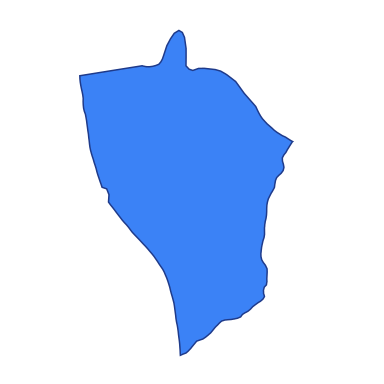 Mayfa'ah, Shabwah, Yemen, rotated 86°
{"feature_id": "15242507B4449600495147", "entity_name": "Mayfa'ah", "entity_type": "district", "adm_level": 2, "iso_a3": "YEM", "parent_name": "Yemen", "parent_adm1": "Shabwah", "projection": "albers", "projection_center": [47.797, 14.413], "detail": "fine", "context": "isolated", "style": "filled", "palette": "blue", "viewbox_px": 384, "rotation_deg": 86, "n_neighbors": 0, "source": "geoboundaries", "source_scale": "gbopen_adm2", "svg_char_len": 3397}
<svg xmlns="http://www.w3.org/2000/svg" viewBox="0 0 384 384"><g transform="rotate(86 192 192)"><path d="M148.7,88.1L147.6,89.8L145.6,92.5L143.7,95.0L142.1,98.0L140.2,100.6L138.3,103.2L136.0,105.8L133.7,107.9L131.4,110.2L129.2,112.4L126.7,114.4L123.9,116.6L121.2,118.2L118.1,119.7L115.0,121.0L111.8,122.2L111.1,122.5L97.3,133.0L84.9,140.7L77.6,148.9L76.2,150.8L73.4,155.0L71.5,160.2L69.5,171.1L69.2,176.9L70.8,182.7L69.3,186.3L65.7,189.2L57.2,188.5L48.4,187.9L37.2,188.7L32.2,190.5L29.9,193.8L32.4,198.6L37.6,202.7L44.3,206.9L53.9,210.8L57.2,212.2L59.9,213.9L62.3,216.2L63.3,219.4L63.9,222.5L64.1,225.9L63.8,229.0L62.9,232.2L62.6,232.9L65.4,264.6L68.2,295.8L71.6,295.9L74.7,295.8L78.0,295.5L81.2,295.1L84.4,294.6L87.6,294.2L91.0,294.0L94.2,294.3L97.5,294.4L100.8,294.3L103.9,293.8L107.0,292.9L110.4,292.5L113.5,292.2L117.0,292.0L120.1,291.8L123.6,291.6L126.9,291.3L130.5,291.2L133.6,291.0L136.8,290.9L140.1,290.7L143.2,290.3L146.3,289.7L149.4,289.0L152.5,288.2L155.9,287.5L159.0,286.7L162.0,286.0L165.4,285.4L168.5,284.7L171.5,283.9L174.6,283.1L177.8,282.2L181.0,281.4L182.9,276.9L188.9,275.0L196.2,276.0L199.0,274.3L201.7,272.4L204.4,270.6L207.1,268.9L209.8,267.1L212.5,265.3L215.1,263.6L217.8,261.6L220.2,259.6L222.7,257.8L225.4,256.1L228.0,254.4L230.6,252.3L233.1,250.2L235.5,248.2L238.0,246.2L240.5,244.2L243.0,242.1L245.6,240.1L248.1,238.3L250.8,236.3L253.4,234.5L256.1,232.9L258.8,231.3L261.6,229.8L264.3,228.2L267.0,226.6L269.9,225.3L272.9,224.3L276.0,223.2L279.2,222.3L282.5,221.5L285.6,220.8L288.8,220.3L291.9,219.7L295.0,219.0L298.1,218.4L301.2,217.8L304.4,217.5L307.6,217.3L310.9,217.1L314.1,216.9L317.2,216.8L320.6,216.5L323.9,216.0L327.1,215.7L330.2,215.5L333.3,215.4L336.7,215.2L339.8,215.0L342.9,214.9L346.2,214.9L349.4,214.9L352.5,215.0L354.1,215.0L353.1,212.3L352.2,209.2L350.3,206.7L349.6,206.0L348.1,204.3L346.3,202.7L346.0,202.4L345.7,202.1L344.4,200.9L343.4,199.9L342.2,198.8L341.1,197.7L340.2,194.5L339.4,191.4L337.7,188.5L335.8,185.8L335.0,184.8L333.9,183.3L331.5,181.0L330.1,179.7L329.0,178.7L327.6,177.2L326.9,176.3L326.2,175.5L324.7,173.9L323.5,172.4L322.8,171.4L322.4,169.7L322.0,168.2L322.0,167.9L321.9,165.0L321.9,161.8L321.6,159.2L321.6,158.7L321.5,158.3L321.1,155.4L320.3,153.1L320.0,152.2L318.3,150.8L317.6,150.1L316.9,148.9L316.1,147.4L315.9,146.8L314.8,144.4L312.9,141.8L310.7,139.5L310.1,138.6L308.9,136.8L307.2,134.1L306.9,133.6L305.8,131.4L303.9,128.8L302.4,127.7L301.3,127.0L299.7,127.3L298.2,127.7L296.8,127.6L295.1,127.6L292.7,126.8L291.9,126.5L289.8,124.2L289.5,124.2L287.7,123.8L286.6,123.5L285.7,123.5L283.5,123.4L280.3,123.0L278.6,122.8L277.0,122.6L274.3,122.5L273.8,122.5L270.2,123.9L267.9,125.4L267.5,125.7L267.3,125.8L264.4,127.2L261.3,127.7L258.2,127.6L256.8,127.3L255.0,127.0L251.8,126.4L249.2,125.7L248.7,125.5L248.3,125.4L245.6,124.6L242.4,123.3L240.2,122.8L239.3,122.6L237.6,122.5L235.9,122.4L232.7,122.2L231.3,121.9L229.6,121.7L228.0,121.3L226.5,121.0L224.7,120.4L223.4,120.0L220.2,119.3L217.0,118.9L213.3,118.6L210.2,118.2L207.1,117.4L204.1,116.3L201.2,114.6L198.4,112.9L197.4,112.1L195.7,111.0L193.8,109.8L193.0,109.4L189.8,108.8L189.2,108.6L186.3,107.9L183.5,106.5L181.4,104.2L180.9,103.5L179.5,101.7L177.0,99.6L174.0,98.6L173.9,98.6L173.4,98.6L170.7,98.9L167.5,99.6L164.2,99.5L161.5,97.8L161.2,97.6L159.1,95.6L156.4,93.9L153.8,92.0L152.8,91.3L151.2,90.1L148.8,88.3L148.7,88.1Z" fill="#3b82f6" stroke="#1e3a8a" stroke-width="1.5"/></g></svg>